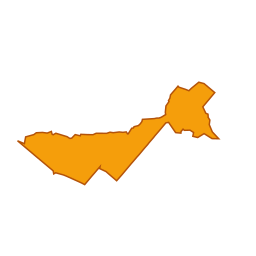 outline of Fulton, Georgia, United States of America, rotated 40°
{"feature_id": "52423323B90883845014784", "entity_name": "Fulton", "entity_type": "district", "adm_level": 2, "iso_a3": "USA", "parent_name": "United States of America", "parent_adm1": "Georgia", "projection": "robinson", "projection_center": [-84.433, 33.844], "detail": "fine", "context": "isolated", "style": "filled", "palette": "amber", "viewbox_px": 256, "rotation_deg": 40, "n_neighbors": 0, "source": "geoboundaries", "source_scale": "gbopen_adm2", "svg_char_len": 1513}
<svg xmlns="http://www.w3.org/2000/svg" viewBox="0 0 256 256"><g transform="rotate(40 128 128)"><path d="M171.7,45.1L167.0,45.1L157.7,45.1L152.8,47.4L151.0,57.0L150.7,60.3L147.3,61.4L140.8,64.0L139.4,63.8L139.4,67.4L139.3,72.5L139.3,75.3L140.9,78.2L141.4,81.0L142.4,81.4L142.9,86.7L146.5,92.0L148.2,93.5L146.6,98.3L145.4,100.4L143.5,102.1L142.1,103.9L133.5,112.1L134.5,114.1L134.7,116.9L134.4,119.5L133.6,120.6L131.8,123.1L132.1,124.5L131.0,125.8L131.9,132.3L131.8,132.5L131.4,132.8L129.2,132.1L126.9,134.6L123.8,136.7L119.7,141.1L116.9,142.8L115.1,145.8L107.0,152.5L105.5,155.6L101.5,158.9L95.9,163.2L96.4,164.7L91.8,167.0L91.4,172.0L90.1,173.4L86.9,173.8L76.1,178.4L75.0,181.3L73.7,181.5L71.5,179.9L69.4,183.8L65.3,186.4L60.8,190.6L60.1,193.6L55.3,200.6L58.7,206.6L51.6,208.8L76.0,208.9L77.9,208.9L98.2,208.9L100.6,210.9L101.4,208.8L108.6,205.5L111.3,204.6L126.1,200.4L128.0,199.9L131.2,199.2L131.2,188.6L131.3,182.7L131.3,180.2L131.4,175.5L132.4,177.3L139.2,175.5L143.2,175.6L153.2,175.7L153.4,167.8L153.4,153.5L153.5,145.1L153.5,143.2L153.6,142.9L153.6,134.5L153.6,132.7L153.6,132.4L153.7,127.8L153.6,126.0L153.6,125.7L153.6,124.8L153.7,118.8L153.6,116.7L153.7,110.9L153.7,105.3L153.7,99.7L155.5,97.6L167.4,100.9L168.1,100.5L171.8,97.9L170.9,96.6L170.9,93.5L172.6,93.6L176.9,89.8L181.1,89.3L183.0,92.7L187.5,90.5L189.9,83.4L199.2,82.1L204.4,77.9L195.1,76.8L188.1,73.2L185.6,69.3L182.5,68.3L182.5,68.2L180.4,66.0L178.1,66.7L171.7,63.7L171.7,45.1Z" fill="#f59e0b" stroke="#b45309" stroke-width="1.5"/></g></svg>